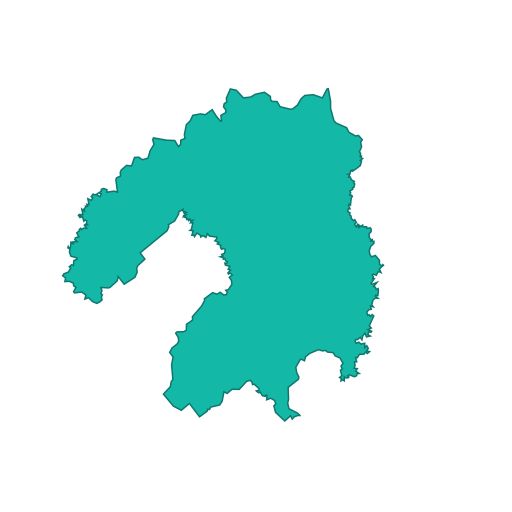 the district of Dong Phu, Bình Phước, Vietnam, rotated 320°
{"feature_id": "81297802B41717626545623", "entity_name": "Dong Phu", "entity_type": "district", "adm_level": 2, "iso_a3": "VNM", "parent_name": "Vietnam", "parent_adm1": "Bình Phước", "projection": "albers", "projection_center": [106.951, 11.479], "detail": "fine", "context": "isolated", "style": "filled", "palette": "teal", "viewbox_px": 512, "rotation_deg": 320, "n_neighbors": 0, "source": "geoboundaries", "source_scale": "gbopen_adm2", "svg_char_len": 6155}
<svg xmlns="http://www.w3.org/2000/svg" viewBox="0 0 512 512"><g transform="rotate(320 256 256)"><path d="M343.7,111.5L334.7,116.1L332.6,119.2L329.5,118.9L327.0,120.9L326.7,124.9L324.9,126.7L319.5,125.7L316.3,130.5L315.5,130.0L315.4,123.8L316.5,115.7L308.0,115.2L304.9,111.5L298.0,107.6L292.5,110.2L287.1,110.6L279.1,117.0L277.2,120.3L272.8,118.9L270.1,122.0L266.9,122.3L268.0,115.3L262.0,109.9L253.4,99.6L251.7,100.5L249.5,104.9L242.4,107.4L236.2,111.6L230.8,109.2L229.7,105.0L226.3,102.4L218.6,107.0L215.1,103.4L208.0,103.5L205.6,104.8L203.7,107.7L199.4,106.5L197.7,107.5L191.0,118.0L189.0,115.1L182.8,111.3L184.4,109.4L182.7,106.3L180.5,105.5L178.8,106.9L176.1,106.5L177.4,109.2L174.6,110.2L173.5,107.5L174.7,106.5L171.8,105.6L171.0,103.8L167.9,104.6L168.3,106.6L165.6,107.5L164.0,104.0L161.1,109.3L159.6,107.6L158.9,109.6L157.4,108.2L157.0,109.2L154.7,109.3L153.5,111.4L152.7,108.1L150.1,113.0L148.2,111.4L147.6,112.7L147.3,110.6L146.1,110.7L145.9,113.5L148.4,114.1L146.5,118.7L148.3,118.6L148.9,120.2L147.1,122.3L145.9,122.1L146.7,123.7L144.3,122.3L144.1,126.0L141.9,123.8L139.5,123.8L139.6,122.1L137.7,122.1L137.0,123.1L133.5,123.1L132.6,127.4L129.4,126.0L127.7,127.0L128.3,130.0L124.4,127.3L124.0,129.9L123.0,126.6L119.2,130.3L117.9,129.3L118.2,128.1L117.1,128.8L117.9,131.1L115.6,133.1L114.1,137.2L117.5,142.2L117.1,143.5L113.6,142.4L110.0,145.8L109.1,144.2L106.1,144.2L106.5,146.0L102.0,147.7L97.4,146.2L95.2,146.8L96.0,150.5L93.1,152.7L96.7,155.4L98.6,159.4L97.1,161.8L98.0,164.3L93.4,166.0L93.2,167.6L99.3,171.5L100.6,176.6L97.2,179.0L100.9,180.3L101.5,185.9L103.6,190.0L106.6,190.7L109.9,190.7L111.2,188.0L113.4,186.9L113.0,185.1L115.8,183.5L116.9,180.4L122.7,185.8L124.3,186.2L133.8,185.8L137.2,183.1L136.9,192.9L149.6,194.5L154.6,192.0L156.7,188.7L159.1,187.4L168.9,187.0L169.3,179.1L204.0,179.5L208.1,177.5L209.0,175.7L216.1,176.9L223.8,174.1L225.0,172.6L229.8,173.2L228.7,173.8L230.5,177.5L228.7,176.3L228.4,177.1L229.4,179.4L226.5,178.5L225.5,179.3L227.7,179.8L226.4,180.8L227.4,182.2L226.4,183.5L227.8,184.2L227.2,185.5L229.2,185.4L228.4,187.1L230.4,188.0L227.1,188.5L229.0,190.0L223.4,194.2L222.0,194.0L224.1,196.3L220.2,198.9L221.7,200.0L221.4,201.7L225.4,200.4L226.7,204.2L225.9,206.0L228.5,206.2L229.6,209.6L233.1,207.7L233.2,210.9L238.0,216.2L237.2,217.5L234.3,217.9L236.2,221.8L234.1,221.9L235.9,225.2L234.1,226.8L234.0,228.8L236.0,229.4L236.7,231.4L233.4,233.7L230.8,232.7L230.8,234.6L228.1,233.6L229.8,236.0L228.9,237.4L230.5,237.8L229.6,240.3L230.5,242.1L229.0,242.8L227.6,241.4L226.7,243.3L229.3,247.1L226.1,248.3L227.5,250.4L223.6,250.9L223.3,252.1L225.3,252.6L225.5,255.4L221.9,255.1L221.4,259.1L219.3,262.2L213.0,264.0L210.8,262.8L210.7,265.5L208.3,266.5L206.3,265.2L205.2,260.7L201.7,260.3L199.2,256.2L189.0,255.6L187.7,257.2L182.0,259.4L168.3,261.6L166.2,264.3L158.9,263.6L154.8,268.1L151.9,267.5L146.8,263.4L144.9,263.4L144.1,268.4L141.9,271.7L139.0,272.7L132.6,272.5L127.9,274.3L127.6,280.0L121.3,285.2L113.0,297.1L110.2,297.8L106.3,301.1L96.3,302.3L96.2,317.8L99.6,326.2L110.2,326.2L109.4,342.9L118.9,343.5L120.5,342.3L121.7,343.7L124.1,342.6L132.4,346.8L136.7,345.5L144.2,339.4L145.5,342.7L152.0,342.7L157.4,347.4L168.2,346.0L171.6,347.5L171.9,349.8L170.7,352.3L172.2,353.0L173.1,359.5L172.0,360.7L169.5,359.5L169.6,360.6L170.3,362.7L171.7,362.6L171.1,367.2L172.9,369.5L173.8,368.8L174.9,369.9L171.7,373.0L175.8,374.4L177.4,378.7L176.0,382.1L173.4,382.2L170.5,388.2L172.0,400.9L179.8,400.5L178.9,404.2L182.1,403.8L186.2,405.4L187.3,407.0L186.8,403.0L183.1,394.2L185.6,389.2L188.9,386.6L196.2,377.3L209.3,377.7L211.1,376.2L212.2,371.5L215.0,366.8L223.0,363.9L224.2,364.0L225.8,367.4L229.3,365.0L234.7,365.2L243.6,367.9L246.0,371.5L248.6,373.1L249.1,375.7L252.9,379.5L252.5,383.6L254.8,388.0L253.7,394.0L250.3,395.0L249.5,398.0L247.2,397.8L244.8,402.8L241.9,402.8L242.7,404.6L240.8,406.3L242.8,406.6L243.4,408.4L246.0,405.3L246.1,406.8L248.6,408.7L249.4,408.4L249.1,406.7L251.1,407.0L253.8,411.8L256.1,412.4L257.8,411.1L259.5,412.3L258.4,408.3L261.2,407.4L259.0,405.1L261.7,403.4L263.2,400.5L265.1,401.8L267.1,397.9L268.4,399.0L272.1,397.8L275.6,400.6L278.5,400.1L278.5,402.2L281.5,402.3L279.9,399.9L282.7,398.8L283.2,395.9L280.3,396.2L283.2,392.7L279.8,390.9L279.3,388.0L276.6,387.4L277.1,385.0L278.7,384.0L280.0,385.3L283.6,385.3L283.3,388.3L286.6,385.7L289.8,385.2L288.6,389.0L292.1,390.8L291.2,388.2L293.4,386.6L295.2,388.4L296.2,388.0L294.4,384.3L298.0,385.3L297.9,382.3L307.7,377.6L307.3,375.5L304.8,375.9L305.0,373.8L303.4,373.2L304.7,370.3L308.0,369.6L310.0,371.0L311.5,367.9L313.2,370.3L313.3,367.8L317.2,365.0L320.4,364.9L322.3,366.8L321.7,363.4L322.6,362.9L323.9,364.7L327.9,360.8L328.6,359.4L326.6,358.9L327.3,356.6L326.4,355.0L331.7,354.0L326.7,352.3L326.3,351.0L332.1,349.4L330.7,348.3L332.5,347.5L332.8,345.2L334.5,345.6L335.7,348.1L339.8,346.5L341.1,349.0L342.2,345.2L347.7,345.0L347.6,344.1L346.0,344.4L345.3,341.8L347.8,338.6L347.8,332.3L343.9,330.8L344.3,327.7L346.1,324.8L350.0,322.4L354.5,322.1L355.8,320.5L354.4,319.4L355.5,318.3L353.7,318.1L354.7,317.2L354.5,314.8L356.9,311.7L359.8,311.4L361.6,309.2L361.6,307.8L358.8,306.2L359.5,304.7L356.8,302.4L357.6,300.9L352.9,300.4L353.2,299.1L354.9,299.2L354.4,297.0L351.5,298.0L351.9,295.0L354.4,294.9L355.0,291.7L353.3,291.5L353.2,288.2L354.5,286.5L354.2,284.4L355.8,283.4L354.9,280.9L357.0,279.2L358.4,280.3L359.3,276.8L360.5,276.1L361.0,277.8L366.1,272.9L368.2,272.2L368.3,270.9L366.8,269.7L369.4,268.2L369.7,266.5L373.0,267.1L373.7,265.8L375.2,266.3L378.0,264.2L377.8,262.5L379.3,262.0L378.1,259.3L378.9,255.9L377.6,255.2L379.6,254.1L378.9,252.5L380.7,253.5L383.2,251.6L384.5,253.1L384.8,252.0L386.6,253.4L394.0,253.8L397.9,251.1L397.3,249.8L400.3,249.9L399.7,248.3L400.9,247.2L399.8,246.7L402.2,244.5L402.0,242.8L407.1,240.2L409.3,236.1L412.2,235.2L412.0,229.6L409.3,227.9L406.7,220.8L407.9,216.0L402.8,205.6L402.7,202.4L407.9,191.1L412.8,185.1L418.9,174.3L417.7,173.7L408.5,177.6L403.6,169.3L396.6,164.4L391.6,164.5L384.9,167.0L378.5,166.9L376.8,165.8L370.4,157.1L371.4,151.2L367.7,147.9L367.5,145.9L369.6,143.0L367.7,136.0L359.5,131.7L354.1,130.8L348.0,126.8L347.5,116.4L343.7,111.5Z" fill="#14b8a6" stroke="#0f766e" stroke-width="1.5"/></g></svg>